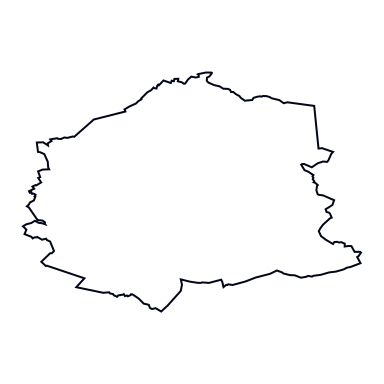 outline of Mullingar Lea-6, Westmeath, Ireland
{"feature_id": "5873133B77871835478253", "entity_name": "Mullingar Lea-6", "entity_type": "district", "adm_level": 2, "iso_a3": "IRL", "parent_name": "Ireland", "parent_adm1": "Westmeath", "projection": "equal_earth", "projection_center": [-7.319, 53.526], "detail": "fine", "context": "isolated", "style": "outline", "palette": "ink", "viewbox_px": 384, "rotation_deg": 0, "n_neighbors": 0, "source": "geoboundaries", "source_scale": "gbopen_adm2", "svg_char_len": 3034}
<svg xmlns="http://www.w3.org/2000/svg" viewBox="0 0 384 384"><path d="M93.8,119.5L74.2,136.8L72.8,136.5L67.3,137.9L64.4,137.5L61.0,139.0L57.9,138.8L57.1,138.2L50.3,139.4L51.5,141.0L47.7,143.4L48.0,145.5L43.2,142.3L36.8,142.5L38.0,151.9L40.1,152.2L44.3,154.1L47.7,161.5L48.2,167.5L49.1,169.3L42.4,169.6L38.1,171.4L40.2,177.1L38.2,178.0L41.2,182.4L36.1,185.5L35.5,185.1L32.7,186.4L32.4,186.6L34.2,188.7L29.0,191.2L30.0,192.9L31.4,192.3L32.1,193.8L33.6,193.6L35.6,194.8L34.6,196.4L35.3,196.7L33.9,200.4L29.9,202.5L28.9,204.5L26.9,206.3L28.8,207.4L37.5,220.0L42.7,220.6L45.0,222.4L44.6,223.3L45.2,224.3L42.3,223.3L38.6,222.8L34.9,220.8L31.3,223.0L26.3,224.3L23.0,226.3L26.4,229.7L24.5,234.1L31.4,236.8L32.7,238.4L34.6,237.3L37.1,237.3L37.3,237.0L42.1,239.7L46.1,238.7L47.0,240.1L50.1,241.5L54.0,251.0L52.0,253.2L50.1,253.3L41.3,261.8L45.9,266.0L46.8,265.7L50.2,266.8L84.4,278.3L76.3,287.2L103.3,292.8L109.1,292.3L109.9,293.4L113.0,294.0L113.9,295.3L117.1,296.8L118.2,295.4L122.7,294.7L123.8,294.1L124.9,296.1L127.0,295.5L127.8,296.3L130.6,295.1L130.9,294.3L132.5,294.4L138.5,298.4L143.7,303.6L148.8,304.8L149.9,307.8L150.9,308.5L152.0,309.0L155.6,308.2L161.2,311.5L167.7,305.5L180.7,291.0L182.0,284.8L180.8,279.4L190.2,281.7L198.2,282.9L201.2,282.9L202.0,282.4L209.0,282.9L221.2,279.7L222.3,281.9L223.5,287.1L226.3,284.8L227.4,285.0L228.3,284.3L232.5,285.0L245.4,281.5L255.8,277.5L270.1,273.8L276.9,270.5L282.3,272.5L283.2,273.4L289.8,275.1L294.7,275.3L300.9,277.7L306.2,276.8L308.0,275.9L312.0,276.6L313.4,275.8L320.9,274.8L329.2,272.4L335.9,271.6L343.7,269.4L346.8,267.7L350.1,267.1L360.5,263.2L357.2,257.0L358.5,256.2L361.0,252.6L360.0,251.8L354.6,251.9L351.4,246.1L348.6,246.0L344.7,246.5L344.7,243.6L341.3,242.2L339.0,242.5L337.0,241.8L334.3,242.1L333.0,244.0L326.4,240.1L321.0,236.1L318.8,231.2L320.2,228.5L322.9,224.8L329.8,218.5L331.7,217.6L329.9,213.5L328.8,212.6L326.5,211.9L325.6,209.3L332.4,205.0L334.1,200.2L323.1,195.4L318.7,194.8L317.6,194.1L316.4,190.3L317.0,186.0L317.8,185.1L315.1,182.7L313.6,182.3L314.2,181.1L312.7,179.1L313.4,177.9L312.5,176.3L313.4,175.1L308.4,171.8L304.6,170.2L301.2,164.7L302.0,164.1L304.1,164.0L311.8,167.3L317.7,163.3L323.0,161.5L327.0,161.9L328.3,160.6L331.2,154.0L333.0,151.9L322.2,148.2L318.5,148.5L314.2,105.9L287.4,102.3L283.7,103.2L279.3,100.1L271.4,98.2L269.9,97.1L266.4,96.1L263.0,96.0L261.8,96.6L260.1,96.3L256.9,96.8L253.5,97.9L252.3,100.0L244.8,100.7L240.6,97.7L239.5,96.1L235.8,94.1L233.3,92.0L231.0,92.0L230.1,89.9L228.1,88.9L223.3,88.7L219.7,86.4L214.2,85.1L208.4,82.6L206.8,80.8L207.0,77.6L209.2,76.6L211.5,73.8L211.9,72.9L211.5,72.6L206.0,72.5L198.3,74.1L197.9,74.3L198.6,74.8L198.8,76.8L197.7,77.1L195.5,77.5L191.4,76.6L188.0,79.5L185.2,83.5L184.0,83.8L181.7,82.2L177.8,81.3L178.3,78.8L174.4,78.9L173.9,81.2L171.7,80.7L170.8,83.0L163.5,80.5L158.9,85.3L158.2,84.6L157.3,85.6L156.5,88.5L154.4,88.2L153.6,87.5L151.1,90.2L147.2,92.4L141.2,98.5L141.5,99.2L138.3,101.2L136.0,103.5L129.6,106.4L124.5,109.4L125.4,111.5L93.8,119.5Z" fill="none" stroke="#020617" stroke-width="2"/></svg>